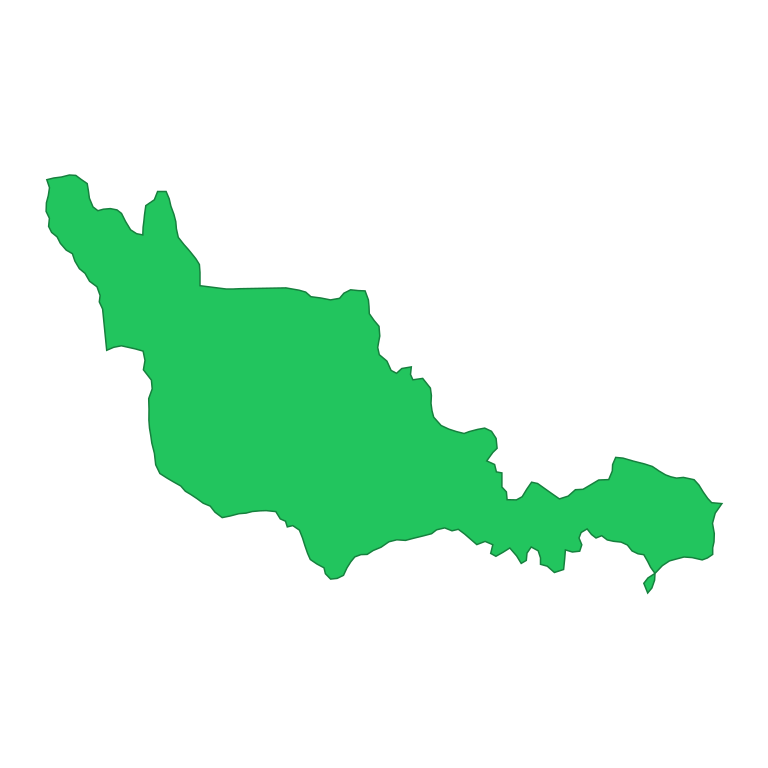 Fundão, Espírito Santo, Brazil
{"feature_id": "56859067B75686220387201", "entity_name": "Fundão", "entity_type": "district", "adm_level": 2, "iso_a3": "BRA", "parent_name": "Brazil", "parent_adm1": "Espírito Santo", "projection": "albers", "projection_center": [-40.334, -19.953], "detail": "fine", "context": "isolated", "style": "filled", "palette": "green", "viewbox_px": 768, "rotation_deg": 0, "n_neighbors": 0, "source": "geoboundaries", "source_scale": "gbopen_adm2", "svg_char_len": 3405}
<svg xmlns="http://www.w3.org/2000/svg" viewBox="0 0 768 768"><path d="M350.6,289.8L343.9,293.2L339.6,298.3L330.5,299.9L320.9,298.0L310.9,296.7L305.7,292.1L299.1,290.2L286.0,287.9L240.0,288.7L233.4,289.0L226.1,289.0L200.0,285.7L200.0,278.7L200.0,272.5L199.4,264.5L196.0,259.0L191.9,253.8L188.2,249.3L184.0,244.6L178.3,237.4L176.4,228.8L175.8,221.7L173.9,214.3L170.9,206.2L169.2,198.8L166.1,191.5L157.6,191.5L154.3,199.8L145.8,205.6L144.5,214.9L143.9,221.0L143.1,227.2L142.8,234.9L136.6,233.7L130.6,229.8L125.5,221.4L121.5,213.4L117.0,209.9L110.3,208.6L103.4,209.2L97.9,210.7L93.0,206.9L89.4,198.2L88.4,190.8L87.2,183.6L81.0,179.3L75.8,175.4L69.4,175.0L61.5,177.0L53.7,178.0L46.8,179.7L49.5,187.7L48.3,195.6L46.4,202.8L46.1,211.4L49.4,218.3L48.6,226.4L51.6,232.4L57.1,236.9L60.4,243.4L66.2,250.1L72.4,253.7L74.9,261.1L79.4,268.7L85.0,273.3L89.6,281.3L97.0,286.8L100.1,295.5L99.3,301.9L102.6,309.0L106.7,350.3L113.7,347.3L121.4,345.8L128.6,347.4L135.3,348.9L143.1,351.1L145.0,360.4L143.4,369.8L151.4,380.1L152.2,388.9L148.7,398.6L149.0,409.1L148.9,420.2L149.5,428.1L150.8,435.8L151.8,443.0L154.4,453.3L155.7,464.8L159.9,473.5L166.9,478.0L173.5,481.9L180.8,486.0L185.3,491.2L190.8,494.5L197.1,498.7L203.2,503.2L210.2,506.1L215.0,512.2L222.2,517.6L230.1,516.0L238.9,513.7L246.1,513.1L252.3,511.5L260.4,510.8L266.2,510.6L275.8,511.6L280.3,518.9L285.5,521.2L287.3,526.9L292.8,525.6L299.4,530.1L302.5,537.9L304.9,545.6L307.6,553.4L310.3,559.5L316.9,564.0L324.0,567.8L325.4,573.7L330.6,579.1L337.2,578.4L343.5,575.3L347.0,567.8L350.8,561.8L354.8,556.9L360.9,554.6L367.2,554.4L373.2,550.5L381.1,547.2L388.9,541.8L396.8,539.8L405.5,540.4L413.4,538.3L423.2,535.9L431.6,533.7L436.6,529.8L444.7,527.9L452.0,530.8L458.3,529.3L464.6,534.0L470.6,539.2L476.8,544.6L485.1,541.4L492.8,544.7L490.7,553.4L495.9,556.3L502.8,552.4L509.8,548.0L516.7,556.0L521.2,563.4L526.3,560.4L527.0,553.1L531.2,547.0L538.2,550.8L540.5,557.9L540.5,564.3L547.3,566.2L554.4,572.5L563.6,569.5L564.7,558.8L565.4,549.9L572.4,552.0L579.7,551.2L581.8,544.8L579.0,538.0L581.1,532.5L587.1,528.9L591.5,534.5L596.0,538.0L601.7,535.7L607.2,539.9L613.5,541.3L621.1,542.1L627.4,545.0L632.0,550.9L638.0,553.8L643.8,554.7L647.7,561.5L650.6,567.3L655.0,573.4L662.4,565.6L669.5,560.9L676.4,559.0L684.0,557.0L692.2,557.6L702.2,559.9L707.4,558.0L712.7,554.4L712.7,547.8L714.0,541.9L714.3,533.6L712.5,523.3L715.2,513.2L721.9,503.6L711.7,502.7L707.7,498.4L703.2,492.0L698.9,485.0L694.1,479.7L683.4,477.4L676.5,478.1L670.8,476.8L665.6,474.9L659.0,471.0L652.4,466.5L644.7,464.0L633.3,461.1L623.0,458.1L615.7,457.4L612.6,464.6L612.3,471.0L608.7,479.6L598.7,480.0L590.0,485.2L583.0,489.3L575.4,489.7L568.2,496.1L559.4,498.9L549.4,491.9L537.6,483.5L531.6,482.2L526.7,489.3L522.2,496.7L516.4,499.9L507.1,499.7L506.4,491.9L501.9,487.0L501.9,479.3L501.9,472.9L496.4,471.9L494.6,464.5L486.7,460.9L492.8,452.5L497.1,448.3L496.1,438.4L491.5,431.3L484.7,428.1L477.6,429.4L469.2,431.6L464.1,433.5L456.5,431.6L448.8,429.1L441.1,425.5L433.7,417.2L432.0,410.7L431.0,403.3L431.4,395.6L430.4,388.1L422.7,378.4L412.9,379.8L410.5,374.5L411.3,366.9L401.8,368.5L396.5,373.3L391.1,370.4L386.9,361.1L379.3,354.7L377.7,347.5L378.7,341.8L379.8,336.0L379.0,326.3L374.2,320.6L369.3,313.7L369.0,306.4L368.4,299.9L365.1,290.9L358.4,290.6L350.6,289.8ZM655.0,573.4L648.0,577.9L643.8,583.3L647.7,593.0L651.9,588.0L654.6,580.2L655.0,573.4Z" fill="#22c55e" stroke="#15803d" stroke-width="1.5"/></svg>